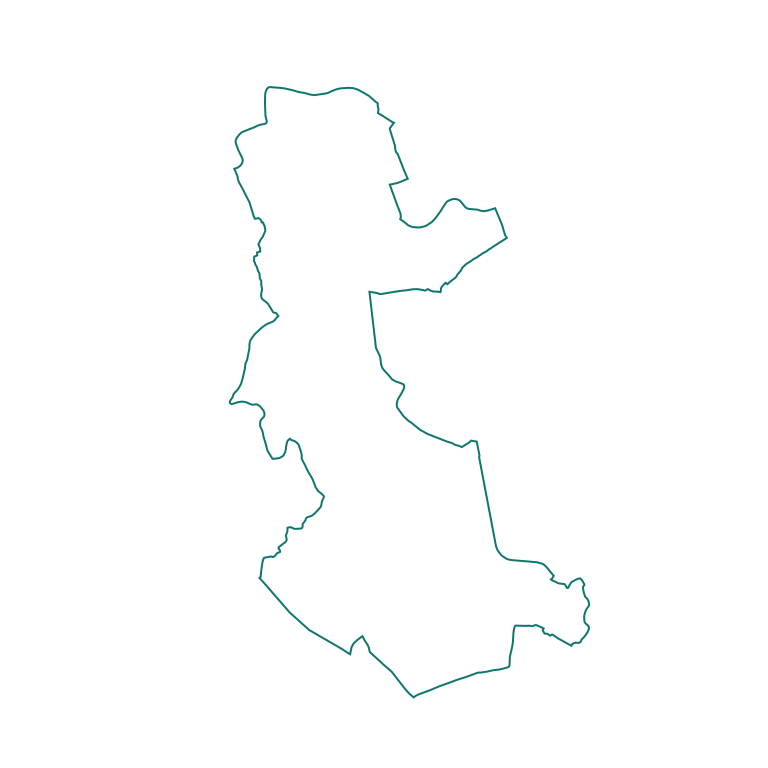 Khai Bang Rachan, Sing Buri, Thailand, rotated 79°
{"feature_id": "78962969B1658466470104", "entity_name": "Khai Bang Rachan", "entity_type": "district", "adm_level": 2, "iso_a3": "THA", "parent_name": "Thailand", "parent_adm1": "Sing Buri", "projection": "albers", "projection_center": [100.295, 14.826], "detail": "fine", "context": "isolated", "style": "outline", "palette": "teal", "viewbox_px": 768, "rotation_deg": 79, "n_neighbors": 0, "source": "geoboundaries", "source_scale": "gbopen_adm2", "svg_char_len": 6137}
<svg xmlns="http://www.w3.org/2000/svg" viewBox="0 0 768 768"><g transform="rotate(79 384 384)"><path d="M107.7,336.0L105.5,338.3L98.4,343.7L90.9,352.4L89.5,354.4L87.7,357.8L86.5,362.3L85.6,369.4L85.5,371.2L85.7,374.6L86.0,376.6L86.9,381.0L87.5,383.3L87.7,384.9L87.2,397.1L85.7,401.4L83.1,406.6L81.2,411.8L78.3,417.4L75.0,424.8L73.6,429.1L71.0,438.4L70.7,439.9L70.9,440.8L71.4,442.0L72.4,443.1L75.2,444.7L77.5,445.5L85.8,447.3L98.3,449.2L103.8,448.9L105.2,449.7L105.7,450.5L105.9,451.5L105.9,455.8L106.1,457.8L107.4,463.1L109.3,473.6L109.9,475.9L111.3,478.2L114.5,481.8L116.5,483.1L118.2,483.5L119.9,483.5L127.0,482.3L135.3,480.0L136.8,479.9L138.3,480.2L140.3,481.3L141.9,482.9L142.6,484.0L143.7,486.5L144.2,489.9L150.9,488.4L152.5,488.2L155.1,488.4L158.8,487.7L165.0,485.7L180.0,481.4L194.3,479.9L195.1,479.6L196.9,479.4L197.2,479.0L197.2,475.4L199.6,473.5L202.0,473.2L202.2,472.1L202.4,471.8L203.8,471.7L205.3,471.4L205.7,471.1L209.5,471.1L210.9,471.2L214.9,473.9L217.0,475.5L218.6,477.4L223.0,480.6L224.5,480.4L227.0,479.7L230.3,480.2L230.7,483.5L233.6,483.9L234.2,486.9L234.4,487.1L238.7,488.2L239.7,487.7L242.0,487.5L244.8,486.5L249.0,486.1L251.6,485.2L254.3,485.4L256.5,485.8L259.4,484.8L262.5,485.5L268.0,485.6L272.1,487.4L273.8,487.7L275.2,487.8L276.6,487.6L277.7,487.1L281.3,483.9L283.3,482.5L292.5,479.1L293.1,478.1L293.6,476.6L297.1,474.7L298.1,476.4L300.5,479.2L301.5,481.0L302.8,487.5L304.8,492.2L305.6,493.7L310.8,501.9L315.3,506.6L317.1,507.6L319.4,508.5L323.5,509.4L333.8,513.6L335.3,514.5L337.6,516.2L342.6,517.7L351.8,521.8L355.7,523.8L358.0,525.4L361.4,528.5L365.0,533.4L368.0,535.2L371.2,538.2L372.6,538.9L373.1,538.9L373.9,538.4L374.7,537.4L374.0,530.5L374.1,527.8L374.4,525.8L375.8,522.4L378.4,518.9L379.4,516.7L379.5,513.6L379.7,512.8L380.4,511.8L382.1,510.1L386.6,507.6L387.7,507.2L389.4,507.0L390.5,507.0L392.1,507.5L393.1,508.0L395.5,511.3L397.1,512.6L399.3,513.2L401.6,513.6L407.3,512.3L412.5,512.3L419.6,511.6L427.2,511.1L436.0,507.8L436.6,505.0L436.7,500.8L436.0,498.5L435.3,496.8L434.3,495.7L432.0,494.0L429.0,492.6L427.7,492.4L425.3,491.5L422.1,490.0L420.7,488.6L419.8,486.7L421.2,485.8L422.8,482.9L424.4,481.3L425.8,480.3L426.9,479.6L428.1,479.3L434.0,478.5L438.2,478.3L441.1,479.0L443.0,478.7L449.0,476.9L454.4,475.6L464.1,472.2L472.3,470.8L476.5,469.1L480.3,465.8L482.5,464.5L482.9,464.5L483.6,464.6L487.2,467.2L491.7,469.0L493.1,470.2L497.5,476.2L499.3,479.4L499.7,480.7L500.1,484.7L500.6,485.7L501.5,486.5L503.2,487.4L505.8,490.5L508.9,491.3L509.8,492.1L510.0,492.9L509.9,494.3L509.3,498.6L508.8,500.1L507.2,502.2L506.6,503.6L506.6,505.6L506.9,506.2L510.4,507.0L514.0,509.2L518.1,509.2L519.0,509.6L520.3,510.9L523.8,517.9L524.3,518.6L525.1,518.9L528.0,517.7L529.0,518.1L529.7,521.3L531.9,523.7L532.6,525.5L532.6,526.2L531.9,527.4L531.7,529.0L531.7,534.6L532.0,535.2L534.6,536.8L536.3,537.5L541.1,539.2L549.9,542.0L550.6,543.3L556.6,539.6L590.4,520.1L611.3,504.3L636.5,475.4L640.7,471.2L642.8,468.8L636.4,466.2L633.4,463.8L632.5,462.7L630.4,459.4L628.5,455.7L627.5,453.3L632.0,451.9L637.2,449.8L639.8,449.2L644.3,449.1L659.0,438.3L667.8,431.4L686.6,421.9L692.3,418.6L697.3,414.7L696.2,412.5L695.2,408.9L693.5,398.0L691.4,388.0L688.2,367.8L687.2,359.1L685.3,347.2L685.3,346.2L685.7,344.4L686.0,337.5L685.8,331.7L686.3,325.6L686.0,318.9L685.6,316.0L685.2,315.2L683.9,314.4L677.0,312.8L674.9,312.1L666.1,308.2L661.2,306.5L653.6,304.6L650.8,303.7L647.1,302.0L646.5,301.4L646.3,300.9L648.5,290.9L649.0,287.5L650.0,284.5L649.9,283.4L649.5,282.0L649.7,280.5L654.3,273.9L654.6,273.9L655.6,274.9L656.2,275.2L659.6,274.0L660.3,271.4L662.8,268.7L662.0,267.1L662.0,266.7L662.4,266.1L667.1,261.5L676.7,250.0L675.4,249.1L674.6,246.8L674.5,245.0L675.2,242.8L675.2,241.2L674.3,239.9L672.6,238.8L671.2,236.7L669.0,234.0L666.4,231.5L663.9,229.8L662.4,229.3L661.2,229.4L659.5,230.2L657.6,231.8L655.9,232.5L654.7,232.5L651.0,232.0L649.0,231.4L645.2,229.4L643.4,228.0L640.9,225.3L639.8,224.7L636.8,224.7L635.2,224.9L633.4,225.6L631.0,227.2L629.4,227.3L627.1,227.7L621.9,227.6L620.8,227.1L619.6,225.7L619.0,225.5L614.5,227.0L612.3,228.5L612.1,229.5L612.6,232.7L614.3,237.8L617.2,240.6L619.1,242.0L619.3,242.5L619.1,243.3L616.2,244.3L614.9,245.0L613.3,249.8L612.7,251.1L608.4,256.8L607.8,257.4L606.7,255.8L604.7,254.0L594.4,259.6L592.1,261.3L590.8,262.7L588.1,268.0L581.4,291.7L580.3,294.7L578.9,297.1L575.5,300.6L573.9,301.8L571.0,303.3L567.9,304.5L564.3,305.0L474.4,304.6L473.7,304.5L472.8,304.0L470.9,303.9L458.2,304.0L456.2,309.4L457.0,310.5L457.7,311.7L460.8,319.7L459.3,321.7L457.3,325.8L454.9,328.7L452.3,333.5L441.5,350.6L435.9,357.3L426.8,364.9L424.8,367.1L419.9,370.6L417.2,372.0L409.6,375.5L408.0,375.6L406.3,375.3L405.0,375.0L402.5,373.8L399.8,371.7L398.1,370.0L394.9,367.3L392.1,365.3L391.4,364.9L389.4,364.5L388.0,365.1L386.3,367.5L384.0,371.6L381.0,375.2L377.0,377.3L370.9,381.1L368.6,382.3L366.7,382.8L364.1,383.1L357.2,382.6L355.1,382.9L347.2,385.0L290.7,380.7L293.6,372.8L294.8,371.3L295.1,370.2L295.6,353.5L295.9,348.3L296.3,343.6L296.5,337.4L297.1,334.0L297.6,332.0L298.4,330.1L298.7,329.1L300.1,326.0L299.8,324.5L299.3,323.4L299.3,322.7L301.4,320.2L302.7,317.8L303.3,314.6L304.6,311.1L304.2,310.7L300.8,309.7L299.4,308.5L296.4,304.4L296.5,304.0L298.0,303.1L298.2,302.8L296.3,299.8L293.0,293.1L290.0,290.5L289.2,289.1L288.6,288.6L287.4,286.9L285.3,285.4L284.6,284.6L282.0,280.6L280.1,275.6L278.2,271.6L277.7,269.5L274.2,261.3L273.6,258.8L272.1,255.8L270.8,252.3L269.4,249.2L264.1,235.6L260.6,236.8L250.0,237.8L232.7,241.4L233.5,248.5L233.5,252.8L232.3,256.2L230.6,259.2L228.8,265.8L228.0,268.0L226.9,269.6L225.3,270.8L219.2,274.0L218.5,274.6L217.6,275.5L216.6,277.1L215.9,279.2L215.6,281.8L216.3,285.4L217.0,287.4L219.4,290.1L225.3,295.7L229.6,300.2L232.1,303.3L234.1,306.1L236.4,311.6L236.9,313.2L237.2,318.6L236.4,322.3L235.4,326.0L233.1,329.7L228.5,333.6L225.3,336.6L223.5,335.6L219.8,335.3L210.5,337.0L189.4,340.3L189.3,333.1L189.0,330.8L187.1,321.5L178.4,323.5L161.2,326.6L158.3,328.0L155.1,328.2L152.8,327.7L135.7,329.6L134.5,329.6L133.8,329.2L129.4,324.4L128.4,326.0L121.7,332.9L116.9,338.2L113.3,337.0L109.3,337.1L107.4,336.4L107.7,336.0Z" fill="none" stroke="#0f766e" stroke-width="2"/></g></svg>